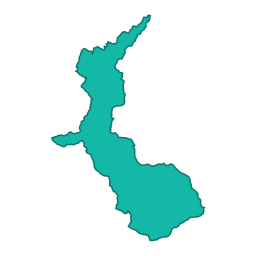 Petrosani, Hunedoara, Romania (orthographic projection)
{"feature_id": "2599482B39314069037864", "entity_name": "Petrosani", "entity_type": "district", "adm_level": 2, "iso_a3": "ROU", "parent_name": "Romania", "parent_adm1": "Hunedoara", "projection": "orthographic", "projection_center": [23.402, 45.443], "detail": "fine", "context": "isolated", "style": "filled", "palette": "teal", "viewbox_px": 256, "rotation_deg": 0, "n_neighbors": 0, "source": "geoboundaries", "source_scale": "gbopen_adm2", "svg_char_len": 5768}
<svg xmlns="http://www.w3.org/2000/svg" viewBox="0 0 256 256"><path d="M198.7,216.3L199.8,216.2L203.1,213.6L203.8,210.5L203.6,208.0L204.1,207.6L202.7,207.2L201.4,206.3L201.0,204.7L200.3,203.3L200.7,201.2L200.6,200.0L200.3,199.4L198.1,197.7L197.8,196.6L197.9,194.7L197.8,194.1L197.0,192.5L194.4,190.1L192.8,189.0L192.1,188.9L191.2,185.8L191.1,184.4L190.0,181.6L190.1,179.5L188.3,176.5L184.2,174.1L182.2,173.4L179.6,172.0L174.5,167.0L174.0,165.9L172.1,164.2L170.4,164.1L168.3,165.2L165.7,165.5L165.2,165.2L164.3,163.6L163.5,163.3L161.6,164.7L161.0,164.3L158.6,164.1L156.9,164.7L154.4,166.1L153.5,165.9L152.5,166.2L151.0,165.9L149.4,164.8L148.3,164.3L146.8,164.4L144.8,165.1L142.2,165.2L139.8,164.1L137.9,162.5L137.0,161.1L136.5,159.9L136.1,159.4L135.9,158.5L134.9,157.2L134.7,155.3L134.7,149.4L134.3,148.4L132.9,146.3L134.4,146.0L134.8,145.6L132.7,142.0L132.5,141.3L131.0,139.2L128.4,138.9L126.5,138.0L118.4,137.3L117.8,135.5L117.3,134.7L116.4,134.3L115.2,132.8L114.1,133.3L112.1,133.4L111.8,132.7L110.1,132.4L110.5,130.6L111.0,129.6L110.0,128.2L111.0,127.4L110.6,126.8L111.4,125.1L111.6,123.7L111.5,121.9L113.1,119.4L112.7,118.6L111.7,118.5L112.9,118.3L112.0,117.9L111.5,116.8L111.6,115.5L111.9,115.1L111.9,114.6L111.5,113.5L111.6,112.9L111.5,112.4L111.7,111.9L111.6,111.1L112.1,110.4L112.3,109.4L112.0,108.9L112.1,108.2L112.4,107.7L113.1,107.6L115.3,106.3L116.4,106.1L117.2,105.7L117.9,105.9L120.3,105.7L122.5,105.1L122.8,104.6L123.8,104.2L124.3,103.6L124.6,101.9L124.8,101.4L124.3,99.9L124.5,97.3L125.0,95.5L125.0,94.0L124.2,93.4L123.8,92.7L123.5,88.9L123.2,88.1L123.3,87.2L123.1,86.4L123.4,84.6L123.4,83.4L124.2,81.5L124.1,81.2L122.9,80.1L121.1,79.4L122.4,76.8L122.1,75.2L122.7,73.3L121.6,72.6L119.8,72.6L119.0,71.8L118.8,71.0L118.5,70.7L116.2,69.6L115.2,67.4L115.0,66.7L115.1,65.9L115.0,65.7L117.1,61.9L117.3,60.7L118.2,59.5L119.1,59.0L121.5,58.9L122.2,58.4L123.1,56.9L123.2,56.3L125.1,53.0L125.0,50.6L124.6,49.7L124.9,49.2L126.0,48.6L126.9,47.0L127.7,46.4L128.9,46.0L130.5,46.2L132.2,45.3L132.5,44.8L132.7,43.7L133.4,42.3L134.8,41.4L135.2,40.9L135.6,39.3L136.4,38.0L136.4,37.5L137.1,36.8L137.8,34.5L140.2,34.1L140.5,33.2L141.6,31.3L142.3,30.6L144.2,29.4L144.9,27.7L145.9,27.2L146.1,25.7L145.7,23.7L145.7,23.3L148.0,21.9L148.5,21.2L149.1,20.9L149.2,20.4L149.5,20.0L149.8,16.9L150.3,15.6L149.1,15.4L148.0,15.5L147.2,17.4L143.8,17.3L143.5,18.1L143.1,18.7L143.2,19.5L141.6,22.1L141.5,22.7L140.3,23.7L139.4,23.9L139.1,24.5L138.6,24.8L138.7,25.1L138.5,25.4L137.8,25.7L137.7,26.0L136.6,27.0L136.0,26.9L135.0,26.2L134.1,26.0L132.4,26.5L132.4,28.5L131.6,29.3L130.6,29.8L129.9,30.5L128.8,33.2L127.6,33.1L125.2,31.8L124.0,31.8L122.2,32.4L121.9,32.8L122.0,33.4L121.4,33.5L118.5,37.0L118.1,37.1L117.4,37.9L117.0,40.8L117.4,41.8L116.3,43.0L115.3,43.3L114.7,43.9L113.8,43.7L112.8,43.9L111.1,43.4L110.0,42.5L107.9,41.9L107.7,43.6L107.4,43.9L107.4,44.3L106.4,44.1L107.2,45.1L106.9,46.5L106.7,46.6L106.4,46.3L105.0,47.1L104.5,46.3L104.3,46.4L104.6,47.0L104.4,47.2L104.4,47.5L104.9,48.5L104.7,49.4L104.1,49.7L103.1,49.5L102.9,49.7L102.3,49.2L100.7,48.8L98.6,47.1L97.6,46.7L97.1,47.2L96.5,47.2L95.5,47.9L94.0,48.0L93.5,49.7L93.4,51.6L92.9,53.5L92.7,53.8L92.3,53.4L92.2,51.9L91.4,51.3L88.7,51.3L84.8,48.6L84.2,48.6L82.9,49.4L81.6,50.8L81.4,51.2L81.3,52.4L80.5,54.2L80.1,56.0L79.3,57.3L79.2,58.3L79.3,60.0L79.2,60.5L76.9,64.8L76.7,66.4L76.3,67.2L78.0,67.8L77.3,69.7L77.4,70.1L76.0,71.4L76.7,71.6L78.2,72.7L78.6,73.6L79.1,74.1L79.8,74.6L81.0,74.9L81.7,76.0L84.0,76.7L84.9,78.0L86.4,77.9L86.5,78.0L86.4,78.6L85.8,79.2L85.4,80.5L84.4,82.4L82.7,83.9L82.1,84.9L81.7,85.3L81.3,86.6L81.8,87.3L83.5,88.1L85.0,90.3L85.9,91.2L87.7,92.4L89.0,95.1L90.4,96.6L90.9,97.4L91.7,98.0L91.8,98.5L92.6,99.2L92.1,100.0L91.2,99.9L91.0,101.0L91.3,102.5L90.4,104.5L90.9,105.8L89.9,107.1L90.1,107.7L90.5,107.7L90.2,108.7L89.9,109.4L88.5,111.2L88.4,112.4L87.7,113.0L87.1,115.0L86.4,115.7L84.9,116.4L83.9,118.0L84.2,119.4L83.7,120.3L81.3,121.7L81.3,123.7L81.0,124.5L79.6,126.7L79.5,128.4L80.5,130.2L80.0,131.8L78.7,132.8L77.6,132.7L74.9,133.6L73.2,133.5L72.0,133.0L70.9,132.0L69.7,132.3L68.6,132.8L67.3,134.7L65.9,135.0L64.6,135.8L62.7,135.7L62.2,135.2L61.4,135.1L59.5,135.3L57.6,135.9L56.7,136.6L54.2,137.0L53.7,137.5L51.9,137.8L52.1,138.9L52.9,140.6L56.2,143.2L57.7,144.6L59.4,144.6L60.6,145.6L63.9,146.8L65.9,145.7L66.9,144.3L69.8,144.7L71.2,144.2L73.5,144.8L74.4,144.3L78.5,143.0L79.6,141.8L80.9,140.9L82.4,141.0L84.3,143.4L84.3,144.4L83.8,145.6L84.5,146.7L85.3,146.8L87.3,149.7L85.9,150.8L86.5,152.2L87.9,153.4L90.7,154.3L91.1,155.1L91.2,156.1L91.6,157.2L93.0,160.2L93.4,161.2L94.1,164.0L94.4,167.4L96.2,170.1L99.1,172.1L100.3,173.5L104.1,175.8L107.3,176.0L108.9,177.0L109.8,180.2L109.8,183.8L109.6,185.6L110.3,186.2L110.8,186.2L111.5,186.7L112.4,188.8L112.6,189.9L113.0,190.3L113.4,191.2L113.8,191.7L115.6,192.1L116.2,193.3L116.9,194.2L117.5,194.7L117.8,195.4L117.1,198.6L117.7,200.1L117.5,200.8L117.5,201.7L118.1,203.3L117.6,204.0L116.7,204.5L116.5,205.0L116.0,208.9L117.4,208.7L117.9,209.3L118.6,209.6L119.0,210.2L120.3,210.1L121.4,211.0L122.3,211.2L123.6,212.9L125.0,213.2L125.4,213.6L127.1,212.7L127.9,212.5L127.3,211.1L127.4,210.8L127.9,210.9L128.4,211.6L129.6,211.9L130.1,212.6L129.9,213.4L130.6,213.7L131.1,214.5L130.8,215.8L130.9,219.2L131.4,220.4L131.4,221.0L128.4,226.4L131.7,228.6L136.0,230.3L139.2,233.2L143.0,234.4L145.9,234.7L147.7,235.6L148.4,235.7L149.9,240.0L150.1,240.3L152.2,240.6L154.1,240.3L155.1,239.8L156.7,239.9L157.7,239.5L157.8,239.3L157.3,239.1L158.5,238.2L159.6,238.2L161.0,237.5L163.6,236.8L164.8,237.0L167.7,236.5L169.7,234.7L170.1,233.8L170.6,233.2L171.9,229.3L173.3,228.0L173.8,227.7L177.2,227.0L178.7,225.7L179.3,224.6L180.2,223.7L183.7,222.3L184.6,221.1L187.4,219.9L189.8,217.7L191.8,217.2L197.2,216.9L198.7,216.3Z" fill="#14b8a6" stroke="#0f766e" stroke-width="1.5"/></svg>